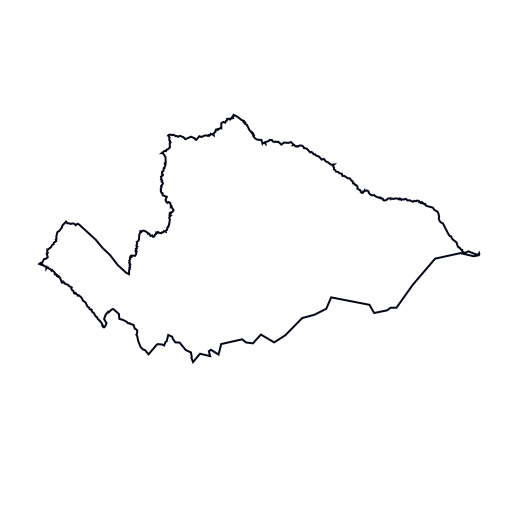 outline of Nakonde, Muchinga, Zambia, rotated 133°
{"feature_id": "96606910B77888556336058", "entity_name": "Nakonde", "entity_type": "district", "adm_level": 2, "iso_a3": "ZMB", "parent_name": "Zambia", "parent_adm1": "Muchinga", "projection": "natural_earth1", "projection_center": [32.444, -9.465], "detail": "fine", "context": "isolated", "style": "outline", "palette": "ink", "viewbox_px": 512, "rotation_deg": 133, "n_neighbors": 0, "source": "geoboundaries", "source_scale": "gbopen_adm2", "svg_char_len": 6159}
<svg xmlns="http://www.w3.org/2000/svg" viewBox="0 0 512 512"><g transform="rotate(133 256 256)"><path d="M226.9,402.4L227.9,402.4L228.3,400.0L230.2,398.8L230.5,397.2L231.3,396.9L231.2,396.0L232.5,395.9L235.4,393.0L238.5,393.3L239.1,394.0L240.7,393.4L241.7,394.6L245.0,395.1L244.3,394.4L245.3,389.8L249.2,385.7L250.5,386.0L250.9,385.5L250.7,384.6L254.2,382.9L254.6,383.4L257.2,381.6L258.4,382.1L260.1,380.8L260.0,379.5L260.6,379.2L262.8,379.6L264.0,377.8L264.8,377.7L264.8,376.1L266.0,375.7L265.8,374.6L266.6,373.4L269.6,373.1L269.7,372.2L271.8,371.6L272.3,370.5L273.3,370.1L274.3,368.1L273.8,367.3L275.2,365.6L273.6,361.6L276.7,360.4L277.6,358.5L277.5,356.9L276.4,357.1L275.7,354.9L277.4,352.7L277.1,351.8L278.4,351.4L277.9,350.9L278.6,347.6L280.6,347.2L283.0,348.3L283.2,347.5L283.8,347.9L285.1,347.2L285.4,346.6L284.8,345.9L286.6,345.9L287.7,345.0L287.9,343.9L293.2,340.5L294.4,340.5L294.7,339.9L295.9,340.1L297.5,338.9L299.5,339.3L299.9,338.6L300.6,340.3L302.2,340.1L303.1,341.0L304.0,340.9L305.3,342.9L305.2,343.9L306.8,345.0L307.2,344.0L309.2,344.5L311.0,343.7L312.2,344.4L311.7,346.0L313.3,346.8L312.5,349.2L313.4,350.2L312.9,350.8L313.2,353.2L314.0,355.4L316.7,357.4L317.0,356.4L317.5,356.8L320.0,355.9L323.4,353.1L325.3,352.3L327.0,352.8L328.1,351.3L329.8,350.7L330.1,349.3L330.7,349.5L331.9,348.3L332.8,348.7L333.1,347.8L334.0,347.7L334.1,346.6L334.9,346.9L335.4,345.7L336.5,344.9L338.4,344.6L340.8,347.6L341.5,347.6L341.9,346.4L343.0,347.2L344.3,345.8L345.6,345.7L346.4,344.4L347.4,344.2L347.9,342.2L349.0,342.2L349.8,340.5L351.1,340.6L351.5,339.4L352.7,339.3L355.9,336.5L356.8,339.4L356.9,351.1L354.8,363.6L354.8,373.3L353.4,384.5L353.6,406.6L354.1,408.5L356.5,408.9L356.3,410.5L356.8,411.9L359.1,413.6L359.6,415.1L360.8,416.3L360.3,418.3L365.6,418.4L367.7,417.4L371.7,417.0L374.1,417.5L378.1,415.2L379.5,413.6L380.6,413.6L381.3,412.3L384.2,412.9L385.1,412.1L386.9,412.6L389.2,412.0L393.1,412.5L393.5,413.1L395.2,411.7L395.7,410.4L397.0,410.7L398.9,407.5L401.0,407.7L402.9,408.9L407.0,407.8L407.9,408.8L409.6,409.1L408.6,406.3L407.8,406.1L407.8,403.7L406.7,402.1L408.1,400.8L406.9,401.0L406.2,400.1L406.5,399.2L405.7,396.5L406.2,395.5L405.3,395.4L405.4,391.7L406.6,390.8L406.2,389.5L405.6,389.4L405.6,388.5L406.3,387.9L405.3,386.9L406.1,386.1L405.4,384.9L407.7,380.1L406.5,379.8L407.1,379.0L406.2,378.2L406.6,376.9L405.3,374.0L405.5,372.5L404.7,369.3L405.8,368.9L406.3,367.3L406.2,365.4L407.3,363.7L407.0,362.9L406.0,362.6L406.5,361.5L405.9,359.5L406.4,359.2L405.6,358.4L405.4,355.4L406.7,352.0L406.2,349.2L407.9,344.7L407.6,342.8L408.3,341.4L407.4,339.6L408.0,339.3L408.6,337.6L408.3,336.0L409.5,331.9L409.2,330.8L409.9,328.9L410.0,324.8L410.8,321.7L411.3,320.7L411.7,320.9L412.2,319.1L411.7,318.4L410.2,318.4L407.1,319.5L405.7,324.1L401.2,326.0L397.6,326.1L397.7,325.4L393.5,325.0L392.1,324.2L391.9,316.8L395.2,313.0L393.5,309.8L392.3,305.6L392.5,303.6L391.3,302.6L391.4,301.6L389.9,298.5L391.8,295.2L391.3,293.2L391.7,291.9L393.4,290.4L395.3,289.7L395.6,288.2L398.4,284.4L401.3,278.3L401.4,274.7L400.5,273.0L401.2,267.5L388.4,268.1L387.5,267.8L384.7,264.2L384.1,262.2L380.6,263.5L379.3,263.2L373.6,266.3L372.2,262.2L373.3,260.4L374.2,256.1L371.4,252.8L372.7,243.2L370.9,237.8L373.5,234.3L374.5,233.8L376.5,229.7L365.7,230.3L360.5,221.3L357.8,225.5L355.3,225.0L353.6,216.2L344.1,221.4L326.4,209.3L326.0,204.3L322.0,198.7L310.1,198.8L306.8,183.8L294.0,180.5L269.9,179.9L259.1,173.2L246.7,168.6L235.0,172.8L214.3,139.7L217.1,130.7L206.4,123.1L201.9,122.2L198.1,118.0L170.3,121.7L135.8,123.2L114.5,108.5L107.7,96.6L103.5,93.6L102.2,94.0L101.8,94.7L103.4,94.2L105.1,97.0L107.8,103.9L111.4,105.3L112.0,108.2L110.9,109.4L111.5,110.5L111.0,112.8L111.5,113.4L111.3,115.2L109.3,118.6L109.7,123.2L109.5,124.9L108.6,126.5L109.2,127.7L108.9,129.8L104.6,141.9L105.3,143.1L105.3,145.2L104.1,147.7L102.3,149.0L100.4,151.7L99.8,153.5L100.7,157.3L100.1,158.8L100.4,160.5L103.2,165.6L102.6,167.6L103.2,167.8L103.4,170.3L103.8,169.9L104.7,171.4L104.3,172.3L105.3,173.2L104.7,173.6L104.7,174.7L105.8,176.1L106.8,176.2L107.8,178.0L109.3,178.2L110.5,181.7L112.0,183.0L112.0,185.3L114.5,187.0L114.9,187.9L115.9,188.0L115.8,190.0L117.1,190.0L117.2,191.3L119.0,193.5L120.5,194.3L121.5,196.1L122.5,196.2L122.2,197.2L123.9,198.6L126.3,198.9L127.9,200.0L128.3,201.0L127.6,202.5L128.5,203.5L128.2,204.5L128.5,205.2L129.2,205.0L130.8,209.1L130.9,211.2L132.2,212.2L133.1,213.9L132.9,216.5L132.0,217.9L132.5,219.7L134.7,221.0L134.4,221.3L135.8,221.1L135.9,221.5L137.0,221.0L137.7,221.8L137.7,223.2L136.8,224.3L137.6,227.8L136.5,228.4L135.9,229.6L135.9,231.4L136.4,231.7L136.0,233.9L136.7,234.6L135.4,236.3L135.8,237.3L135.3,240.3L136.6,242.1L137.2,246.1L138.5,247.3L137.3,249.3L138.6,251.4L138.5,253.0L139.7,255.1L139.2,256.8L139.5,258.1L138.1,259.2L137.9,260.7L137.3,261.4L135.8,261.3L137.7,262.8L138.3,264.8L138.2,266.7L139.2,269.4L138.7,272.6L140.7,273.6L140.3,277.6L141.6,281.0L141.4,282.4L142.2,283.0L142.0,286.3L143.2,287.0L142.9,292.2L144.4,294.6L143.7,295.8L144.1,297.9L145.6,299.6L147.2,299.8L147.5,300.9L148.2,300.9L148.9,302.1L148.7,303.7L149.5,304.4L149.0,304.4L148.8,308.1L151.3,309.5L153.9,312.9L157.2,313.4L157.3,317.8L158.3,318.2L159.0,319.8L159.9,320.1L160.8,322.1L160.3,323.6L161.7,325.1L163.5,325.2L166.4,326.9L167.4,325.7L167.3,327.2L168.3,327.4L168.6,328.4L169.2,328.2L167.4,331.2L169.8,334.0L170.5,336.1L170.4,338.8L170.0,340.0L169.1,339.9L169.0,342.2L168.3,342.1L168.2,343.5L168.8,343.4L168.3,346.9L166.3,352.0L166.8,354.8L165.7,355.1L166.4,356.9L165.5,357.2L166.4,359.3L166.8,364.7L167.7,367.6L168.8,367.7L168.5,368.5L170.0,368.1L170.6,367.1L171.0,367.8L171.7,367.6L171.7,368.2L173.9,368.0L174.3,368.6L173.9,369.2L175.4,370.7L177.0,369.7L177.6,370.1L179.5,369.5L180.2,371.3L182.5,372.0L186.2,368.5L186.6,369.4L187.9,369.4L189.2,370.5L190.0,370.0L190.6,371.4L192.3,371.0L192.8,370.3L195.3,370.6L196.5,369.3L196.5,370.9L197.5,371.6L197.5,372.3L199.7,372.1L199.9,373.2L201.0,373.0L201.6,374.5L202.8,375.6L206.3,377.2L207.0,379.1L211.8,378.9L212.2,379.9L211.7,380.6L213.0,384.8L218.8,387.4L218.6,390.2L220.1,393.7L221.8,394.2L222.2,395.7L223.0,396.2L223.7,399.2L225.1,400.0L225.6,401.5L226.9,402.4Z" fill="none" stroke="#020617" stroke-width="2"/></g></svg>